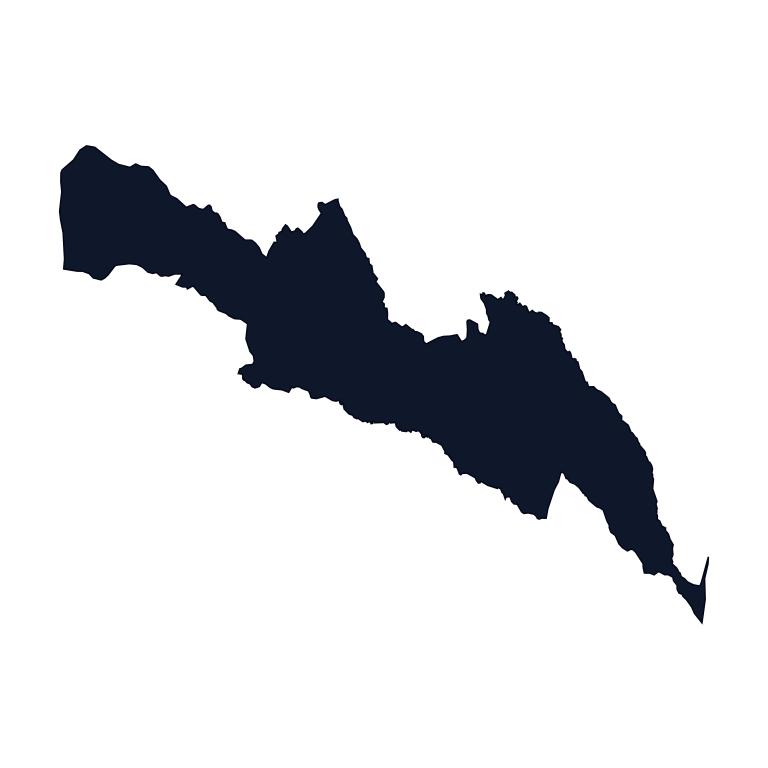 Kigumo, Central, Kenya, rotated 182°
{"feature_id": "3690345B17600682902163", "entity_name": "Kigumo", "entity_type": "district", "adm_level": 2, "iso_a3": "KEN", "parent_name": "Kenya", "parent_adm1": "Central", "projection": "equal_earth", "projection_center": [36.915, -0.774], "detail": "fine", "context": "isolated", "style": "filled", "palette": "ink", "viewbox_px": 768, "rotation_deg": 182, "n_neighbors": 0, "source": "geoboundaries", "source_scale": "gbopen_adm2", "svg_char_len": 6135}
<svg xmlns="http://www.w3.org/2000/svg" viewBox="0 0 768 768"><g transform="rotate(182 384 384)"><path d="M290.7,477.1L290.0,472.8L286.5,468.3L284.1,462.3L283.8,458.1L282.4,456.0L281.3,451.7L279.7,449.8L282.9,437.8L284.4,436.0L287.2,438.0L289.4,437.9L291.0,439.4L292.2,442.2L292.7,447.1L300.6,451.0L302.7,450.5L303.2,449.1L302.4,441.0L302.6,433.5L303.7,431.7L306.3,429.7L308.3,429.3L312.7,435.8L319.4,434.2L326.1,433.6L331.5,432.0L343.1,425.5L345.4,427.2L346.1,428.8L346.4,433.0L348.6,435.5L353.1,437.4L354.9,437.2L356.9,439.4L358.2,439.5L364.3,444.1L366.9,441.8L368.5,441.7L374.5,445.9L377.2,445.2L378.2,444.0L379.4,445.8L382.9,448.5L383.0,455.0L383.7,459.6L386.6,460.1L386.6,464.0L389.0,465.9L387.0,470.6L387.1,474.7L387.9,476.4L395.9,485.9L394.2,489.0L399.0,494.6L400.3,501.7L403.0,503.7L403.6,508.8L405.3,508.9L406.5,510.2L407.5,513.8L412.0,519.0L413.8,523.9L416.3,528.2L420.4,532.2L422.9,539.2L426.3,545.4L427.1,548.4L429.3,550.6L432.0,557.1L434.6,559.7L436.4,565.3L436.5,567.1L439.4,566.4L449.1,561.1L452.2,563.2L455.2,562.8L456.0,561.5L456.0,558.6L455.1,556.2L452.4,552.4L460.7,539.2L467.7,531.9L469.9,531.0L471.7,533.5L475.6,536.7L477.1,535.9L478.2,533.8L482.0,532.6L486.1,538.4L488.0,539.6L490.8,535.5L491.3,533.0L494.1,531.7L494.5,530.0L497.0,528.2L495.5,521.6L498.7,521.8L503.5,512.8L505.6,505.9L510.6,509.6L513.6,515.9L517.6,520.4L521.3,523.1L527.9,522.9L538.2,531.2L541.8,532.6L545.0,532.9L546.5,533.9L548.8,539.5L551.8,539.9L553.5,544.5L555.6,547.8L557.2,548.9L559.1,548.8L561.9,550.9L563.2,555.3L564.6,556.6L566.0,556.3L570.2,552.4L571.8,552.1L575.6,553.0L579.5,556.2L581.0,556.6L587.8,553.6L597.6,561.9L603.1,564.4L604.5,565.4L608.5,574.1L615.2,580.0L622.5,589.5L626.8,592.7L634.6,593.0L639.8,595.2L645.4,591.6L657.3,594.2L664.5,598.2L681.4,610.5L689.7,611.6L696.0,607.1L702.0,597.1L713.2,586.6L714.2,583.6L714.0,574.8L712.7,565.0L714.2,545.3L712.8,536.3L709.9,523.8L707.6,497.6L708.1,487.8L694.7,486.1L689.1,486.2L682.4,484.0L678.3,479.9L670.3,478.2L667.0,480.1L663.6,483.4L657.3,492.3L655.7,493.4L642.6,495.4L635.2,494.9L629.3,492.3L623.8,487.6L619.1,486.5L615.2,487.5L611.4,484.4L610.0,484.0L606.3,484.8L603.1,484.3L596.9,486.7L589.7,486.9L590.4,484.4L595.3,476.4L588.7,474.0L584.9,474.1L583.8,472.2L579.0,475.0L577.4,474.7L570.4,466.9L569.2,466.3L565.2,466.5L560.6,460.8L557.8,459.7L553.5,454.2L553.0,452.6L551.4,451.5L544.3,449.1L541.4,446.7L535.6,444.1L529.4,443.9L522.4,439.4L523.5,424.2L519.0,411.9L515.5,407.8L514.4,401.9L516.1,398.9L522.7,398.0L526.7,394.7L528.6,394.1L530.0,389.3L526.5,389.0L525.3,387.7L525.4,384.8L524.5,383.1L523.2,382.9L520.6,380.4L518.2,379.9L515.6,376.7L512.7,375.6L508.5,377.2L506.3,381.3L502.3,380.1L497.6,376.6L494.4,375.3L485.7,374.7L479.0,372.4L476.0,377.8L474.5,376.9L471.1,378.4L467.8,378.0L466.1,376.8L459.2,374.5L457.3,371.0L456.8,368.7L455.8,367.5L451.0,367.1L442.4,369.8L435.0,365.8L431.2,365.2L428.4,366.4L427.1,362.7L425.7,362.0L424.9,363.3L423.9,361.7L422.9,357.6L417.9,352.8L414.2,351.7L412.7,349.5L410.0,348.4L408.8,348.8L403.9,345.7L400.8,346.4L399.3,345.0L397.6,346.0L396.1,345.3L395.5,343.9L393.9,344.3L394.4,346.1L393.0,346.4L392.0,344.9L382.8,345.6L380.2,343.7L378.8,344.2L377.7,346.2L376.2,345.3L371.2,345.9L370.2,341.9L366.8,338.5L365.6,339.0L364.6,337.7L359.8,337.3L358.5,338.6L355.4,336.8L354.9,338.3L353.5,339.1L350.2,337.8L348.4,338.6L346.9,338.0L344.7,335.5L344.2,333.1L343.1,331.8L341.8,331.9L339.8,334.0L338.9,332.5L337.7,333.3L336.6,331.8L335.1,331.2L333.0,327.7L329.8,327.7L324.1,324.9L320.6,318.6L320.7,316.8L317.4,315.4L313.1,309.8L311.6,309.2L310.8,303.2L309.5,303.6L307.7,302.4L305.4,296.6L304.0,296.0L302.8,297.4L297.9,297.8L289.5,293.5L288.2,290.7L286.2,288.3L284.6,288.5L283.9,290.2L276.6,286.3L267.0,283.6L265.9,284.7L263.5,282.9L262.2,279.7L260.8,278.7L258.8,273.3L258.1,275.2L254.7,275.9L253.6,274.6L252.3,271.1L250.1,268.8L246.6,268.4L242.0,261.0L239.7,259.5L235.5,260.2L229.6,259.2L226.9,256.8L226.0,255.0L224.3,254.4L221.7,255.5L217.3,255.5L215.9,265.2L210.3,284.2L206.4,292.3L204.5,300.7L203.4,302.2L201.6,301.5L200.5,300.4L198.7,295.9L197.5,295.9L194.5,292.3L189.8,290.7L185.4,287.3L181.0,281.7L179.4,281.1L179.1,279.5L177.4,279.1L175.1,275.0L167.2,268.8L163.5,267.6L160.4,265.5L156.1,254.3L153.9,250.8L153.9,248.3L152.1,243.8L147.6,240.8L143.6,232.4L139.8,228.6L134.8,225.7L131.7,227.4L129.6,227.3L126.7,224.8L118.8,213.5L118.5,209.6L117.2,204.2L111.6,204.3L107.4,202.7L103.6,205.9L102.0,205.8L96.8,203.2L93.5,203.4L88.6,201.1L87.7,197.4L84.0,193.0L83.9,189.0L81.9,185.4L78.5,184.2L77.9,182.3L74.1,178.9L68.7,171.9L65.7,165.6L57.9,156.4L55.5,179.9L56.8,200.7L53.9,215.6L53.8,222.6L59.9,196.7L61.3,193.1L67.9,194.1L73.9,196.8L76.8,199.9L80.3,201.8L81.5,205.4L82.6,205.9L85.0,210.2L89.8,214.3L89.3,216.2L90.6,219.7L89.3,223.4L90.1,229.5L89.4,233.4L92.8,238.8L94.5,243.9L97.7,247.6L97.6,250.0L101.4,251.7L103.6,256.6L106.1,258.2L106.2,262.0L107.2,264.2L106.8,265.8L107.3,267.3L106.6,268.7L108.1,273.7L107.1,276.0L111.9,288.6L111.4,298.1L112.5,301.0L112.3,302.7L113.2,304.2L112.7,308.4L113.6,311.7L115.4,314.7L117.1,315.8L119.2,320.5L120.5,321.5L120.2,323.5L121.1,326.0L126.4,331.7L126.6,333.3L127.8,334.5L129.3,338.6L130.9,339.6L134.1,343.8L135.4,344.2L138.5,351.3L144.1,355.4L145.4,355.4L145.3,360.2L148.6,363.0L152.5,371.3L154.9,372.2L156.9,374.2L158.8,377.8L166.8,383.8L171.3,385.6L174.3,388.6L179.6,388.3L181.0,392.8L182.9,392.9L186.7,403.3L189.1,405.7L191.0,412.7L192.7,413.5L193.1,415.4L194.5,416.0L195.9,415.4L197.2,416.3L198.5,421.2L199.7,423.0L201.5,422.0L204.5,424.9L205.4,429.8L206.9,431.3L207.9,433.6L207.3,435.8L208.8,436.8L208.8,439.6L210.5,442.7L209.4,444.4L211.8,447.4L217.6,449.0L218.2,450.9L221.5,451.2L221.4,455.8L223.8,457.9L229.0,460.9L231.8,461.1L232.8,460.0L235.8,460.6L238.4,462.7L240.6,460.7L242.1,461.2L244.4,466.5L246.2,467.1L247.9,465.7L251.1,469.4L252.6,468.0L254.4,468.3L253.9,470.3L255.3,470.7L253.3,474.0L253.9,475.5L256.7,475.5L256.3,477.4L259.5,480.1L261.4,479.8L262.8,481.2L266.2,479.0L265.6,476.6L267.3,472.9L268.9,472.8L270.1,474.5L273.2,472.2L280.0,476.8L282.8,476.9L284.3,476.4L285.3,475.2L287.0,478.3L288.2,478.5L288.4,476.7L290.7,477.1Z" fill="#0f172a" stroke="#020617" stroke-width="1.5"/></g></svg>